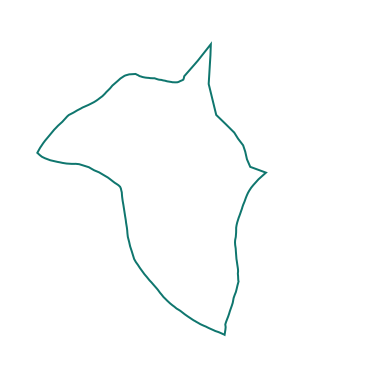 Phalanxay, Savannakhét, Laos (Mercator projection), rotated 144°
{"feature_id": "54806243B24177068581900", "entity_name": "Phalanxay", "entity_type": "district", "adm_level": 2, "iso_a3": "LAO", "parent_name": "Laos", "parent_adm1": "Savannakhét", "projection": "mercator", "projection_center": [105.619, 16.736], "detail": "fine", "context": "isolated", "style": "outline", "palette": "teal", "viewbox_px": 384, "rotation_deg": 144, "n_neighbors": 0, "source": "geoboundaries", "source_scale": "gbopen_adm2", "svg_char_len": 3045}
<svg xmlns="http://www.w3.org/2000/svg" viewBox="0 0 384 384"><g transform="rotate(144 192 192)"><path d="M89.9,300.5L110.2,294.8L130.3,290.2L131.1,289.4L132.1,288.6L133.0,288.0L134.4,288.2L136.5,288.7L137.9,288.9L139.2,289.3L140.6,290.2L141.9,291.2L143.1,292.1L144.1,293.2L145.3,294.4L147.0,296.1L147.9,297.2L147.9,297.3L148.6,298.1L149.8,299.3L150.9,300.7L152.6,302.2L153.2,302.9L154.1,304.1L154.8,305.1L155.5,306.1L156.9,307.1L157.8,307.8L158.9,308.7L160.0,309.8L161.2,310.8L162.5,312.0L164.0,313.6L164.6,314.3L165.5,315.6L166.1,316.3L166.5,317.0L166.8,317.9L167.1,318.4L167.5,319.1L168.3,320.7L168.8,321.0L169.3,321.3L173.7,324.1L177.5,325.5L178.8,325.7L183.2,325.9L186.9,325.5L193.9,324.9L197.4,324.0L199.9,323.6L202.6,323.2L204.8,322.7L208.1,322.2L215.3,322.1L218.4,322.3L221.6,322.8L224.6,323.3L231.0,324.7L233.0,324.9L236.9,325.5L241.3,325.9L246.4,326.7L248.5,326.5L253.3,325.5L255.7,325.0L261.3,324.4L266.9,323.4L270.8,322.4L274.7,321.4L280.7,319.9L283.6,319.0L288.8,317.1L291.2,316.0L293.1,315.1L294.1,314.6L293.4,311.2L292.7,308.7L291.1,305.7L288.0,301.0L286.0,298.7L283.2,295.5L281.2,293.4L279.7,291.7L276.7,288.7L272.7,285.4L269.6,283.2L267.0,280.9L264.6,277.7L260.9,272.7L259.7,270.0L258.4,267.1L255.6,262.5L254.7,260.4L252.8,256.0L251.6,253.3L250.7,250.4L249.9,247.6L249.1,244.9L248.3,242.9L247.5,240.7L247.1,238.5L247.5,236.6L248.3,234.8L248.9,233.3L248.9,233.2L249.0,233.0L250.2,231.1L251.4,229.1L253.4,225.4L255.1,221.9L257.1,218.0L259.0,214.3L260.4,211.6L262.1,208.2L263.5,205.7L265.5,201.7L267.0,199.0L268.5,196.6L270.3,193.4L272.1,188.8L274.0,184.4L275.6,179.4L276.8,175.9L278.2,171.8L278.6,168.3L278.6,166.5L278.6,164.9L278.8,161.1L278.8,156.9L278.8,153.4L278.5,149.7L278.3,145.6L277.9,142.5L277.8,141.2L277.5,137.8L277.2,134.5L277.1,132.7L277.1,129.2L276.9,126.8L276.8,123.9L276.7,123.3L276.2,120.3L276.0,118.9L275.2,114.8L274.4,111.8L273.7,109.6L273.0,106.8L272.0,104.5L271.3,102.7L269.8,97.5L269.1,95.4L268.4,93.4L267.8,91.8L266.7,88.8L266.1,87.2L265.5,86.0L264.7,84.1L263.9,82.4L263.0,80.3L262.0,78.5L260.9,76.6L259.9,75.0L259.2,73.6L258.3,71.9L257.1,69.8L255.7,67.4L254.9,65.9L252.9,63.1L252.1,61.8L250.9,59.7L249.6,57.3L249.1,57.8L247.6,59.3L245.9,61.0L244.2,62.9L242.9,65.3L240.9,66.8L238.3,68.5L236.1,69.9L233.8,71.5L231.3,73.4L229.7,74.5L226.5,76.7L224.2,78.4L222.3,80.2L220.6,81.8L218.0,83.6L215.3,85.3L213.0,87.2L210.0,89.8L206.9,92.3L206.5,93.3L205.6,94.7L204.2,96.8L202.9,99.0L201.3,100.8L200.2,102.5L199.4,104.0L197.9,106.9L196.3,109.9L195.4,111.7L191.7,117.7L189.8,120.7L188.2,123.8L186.8,126.0L185.3,127.8L183.0,129.9L180.2,133.2L178.9,134.9L177.3,137.1L175.3,139.1L173.3,140.8L169.4,143.7L167.7,144.8L165.5,146.3L163.8,147.5L162.5,148.4L161.3,149.2L160.2,150.1L158.2,151.5L155.1,153.4L151.9,155.6L149.5,157.1L147.9,158.0L147.4,158.3L145.0,159.4L141.6,160.7L138.2,161.6L130.7,163.2L125.8,163.7L120.8,164.2L125.2,170.8L130.1,178.1L128.3,186.2L125.2,193.4L123.2,199.7L123.4,208.1L122.9,215.2L124.8,227.0L127.1,240.1L115.0,269.6L96.7,291.8L89.9,300.5Z" fill="none" stroke="#0f766e" stroke-width="2"/></g></svg>